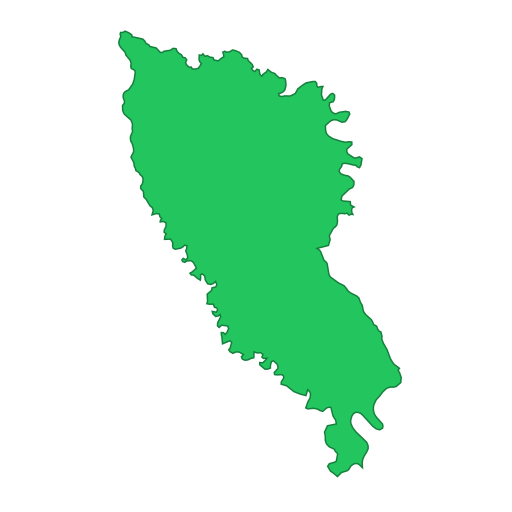 Candói, Paraná, Brazil, rotated 275°
{"feature_id": "56859067B42839534370188", "entity_name": "Candói", "entity_type": "district", "adm_level": 2, "iso_a3": "BRA", "parent_name": "Brazil", "parent_adm1": "Paraná", "projection": "albers", "projection_center": [-52.04, -25.522], "detail": "fine", "context": "isolated", "style": "filled", "palette": "green", "viewbox_px": 512, "rotation_deg": 275, "n_neighbors": 0, "source": "geoboundaries", "source_scale": "gbopen_adm2", "svg_char_len": 6126}
<svg xmlns="http://www.w3.org/2000/svg" viewBox="0 0 512 512"><g transform="rotate(275 256 256)"><path d="M430.7,307.9L430.4,305.6L429.4,302.9L431.2,301.6L433.3,301.5L435.0,299.7L434.7,297.0L432.8,290.8L431.0,288.4L426.2,283.1L421.3,281.0L419.6,278.3L418.3,275.9L418.0,270.8L417.1,267.7L417.4,265.4L419.6,264.3L420.7,266.9L422.0,268.8L424.3,270.4L428.6,271.0L433.3,270.2L435.1,269.5L436.0,266.5L435.4,263.9L437.2,261.2L439.4,258.9L440.4,255.2L442.9,251.6L440.2,250.2L437.6,247.1L435.8,246.4L436.6,244.6L438.2,243.8L441.8,242.8L442.1,240.5L439.7,238.9L440.3,237.0L442.5,235.1L444.2,236.8L446.7,235.3L450.1,231.1L452.0,230.4L452.1,226.6L453.1,224.8L455.2,224.2L457.4,221.8L458.9,217.1L459.2,214.7L457.2,212.0L456.4,209.0L457.3,207.1L456.2,205.2L454.0,206.1L451.6,206.6L449.9,204.1L447.1,201.4L447.6,197.0L449.9,195.9L450.1,192.7L451.3,190.2L450.5,187.7L452.8,185.5L451.1,184.1L451.3,181.9L446.3,182.2L444.5,183.2L443.0,184.7L440.6,183.7L437.9,182.1L436.8,178.7L436.9,176.1L438.6,175.1L438.2,172.9L440.4,170.1L442.4,169.0L445.4,169.9L447.3,168.1L447.5,165.9L449.9,164.2L451.5,161.1L453.6,159.2L455.6,158.3L455.6,155.2L453.5,152.8L452.0,146.5L450.6,145.0L450.5,142.9L454.6,138.3L455.5,131.9L457.1,130.7L458.2,127.9L460.5,126.4L462.2,124.4L463.4,115.7L463.5,113.3L465.3,113.1L466.4,111.4L467.4,109.6L468.6,105.9L467.0,103.8L466.9,101.6L465.0,101.3L463.0,102.2L459.3,101.0L457.1,100.7L454.7,101.2L452.1,102.9L447.6,107.8L444.8,108.9L440.2,113.4L437.3,114.8L434.3,114.7L432.0,115.3L430.4,119.0L428.5,119.7L421.3,119.3L416.3,118.1L410.3,114.5L409.2,112.5L407.5,110.6L405.4,109.7L402.1,109.9L399.2,111.4L396.6,111.5L394.4,109.9L389.9,110.4L387.8,111.2L385.7,112.6L380.6,119.5L378.2,120.8L376.3,121.5L372.1,121.5L369.3,122.2L364.4,120.6L362.2,120.6L359.5,121.2L357.9,122.5L354.3,124.0L351.9,124.7L349.1,125.0L343.6,122.8L338.3,126.2L335.1,126.8L332.7,128.2L330.5,129.0L329.0,132.2L327.3,133.1L325.1,135.9L322.9,136.8L319.8,136.8L317.3,136.2L315.8,135.1L313.2,135.2L310.5,138.2L305.0,139.1L302.8,141.7L296.9,145.9L295.1,148.5L292.5,149.7L287.9,148.8L289.6,153.0L289.4,156.0L286.7,156.9L285.3,158.8L283.4,157.7L281.6,157.6L282.3,160.6L281.1,163.5L277.6,163.8L274.1,162.4L271.6,162.4L270.2,164.7L267.8,163.5L264.6,163.4L265.4,169.4L262.1,171.9L258.5,172.1L256.6,172.8L255.7,174.9L257.2,180.2L258.7,182.4L260.6,184.0L260.1,186.5L256.9,186.2L255.1,185.5L251.4,187.4L248.2,188.2L246.1,186.3L247.3,183.8L245.8,182.5L244.1,183.3L243.5,185.5L245.2,188.1L245.6,192.0L243.9,194.4L238.7,197.7L234.5,193.7L233.1,191.7L231.5,193.2L231.5,195.5L228.5,199.9L227.1,202.6L229.1,202.8L232.5,202.4L233.6,204.0L231.6,206.6L227.7,207.6L224.1,210.2L223.7,213.4L224.8,215.8L227.1,218.0L223.9,219.5L221.7,218.6L220.5,215.0L217.8,214.7L213.7,210.7L206.6,211.7L204.2,211.2L203.9,213.7L204.3,217.7L201.3,219.1L200.8,221.5L199.1,222.5L196.6,221.4L197.0,217.2L194.7,218.0L192.2,221.2L193.1,223.8L194.6,225.3L192.4,226.1L186.0,223.6L183.1,223.7L181.6,225.5L184.1,227.8L183.8,233.9L181.1,235.1L177.4,233.7L175.2,232.1L176.8,230.2L176.7,228.1L174.7,228.3L172.8,229.0L165.6,230.3L169.3,237.5L167.9,239.3L161.9,238.2L160.2,237.0L158.4,238.5L157.0,241.4L158.7,244.5L158.8,247.7L156.7,252.1L154.3,250.2L152.1,251.4L151.2,254.0L151.8,257.0L153.7,260.2L154.4,262.7L160.3,262.4L159.5,265.7L160.1,269.1L158.4,271.5L155.8,270.7L154.6,272.3L155.2,275.8L152.5,274.1L150.2,272.0L150.2,269.0L147.9,269.3L144.0,274.8L144.4,277.7L145.6,280.1L148.2,279.9L152.2,280.6L153.1,282.6L150.0,286.5L147.5,287.6L145.7,287.5L141.5,284.3L139.5,284.9L139.4,287.3L140.1,292.1L138.7,294.0L136.8,294.2L132.9,292.2L130.5,292.2L129.4,297.8L124.2,305.6L122.3,312.1L121.3,317.9L127.4,319.2L125.0,321.7L122.9,322.4L119.3,322.2L115.2,320.4L109.0,318.8L108.2,320.8L109.3,326.6L108.9,330.4L107.6,333.3L107.1,336.1L110.8,339.6L111.7,341.8L111.7,343.8L103.3,346.7L99.3,349.7L95.7,350.7L93.1,342.0L86.5,339.6L82.8,340.7L78.4,341.1L75.5,342.3L73.8,343.8L72.2,345.8L70.4,350.8L68.3,352.1L66.1,354.6L58.5,353.9L57.3,352.0L55.5,347.2L52.8,345.7L48.1,349.0L46.7,351.7L43.4,356.4L47.8,360.1L50.0,365.5L51.3,367.0L54.7,368.6L56.4,370.2L57.6,372.0L58.1,374.7L57.4,376.8L54.4,380.5L59.5,379.8L62.5,380.0L66.0,381.1L70.5,383.4L73.8,384.5L76.8,384.2L80.2,382.4L89.3,371.1L93.1,367.5L97.0,365.3L99.2,364.7L101.9,364.8L104.7,365.4L107.5,366.8L109.0,369.1L109.1,371.1L108.5,373.7L106.8,376.1L96.7,387.0L94.3,390.8L93.6,394.2L95.5,397.1L97.4,397.3L99.6,396.7L105.6,390.3L107.6,388.6L109.3,387.5L111.3,386.8L113.9,386.2L116.9,386.2L118.8,386.6L123.3,388.3L127.7,391.7L131.5,394.0L135.2,397.3L136.4,399.2L137.2,401.9L137.3,404.1L138.2,407.0L142.5,411.2L147.5,411.3L152.0,409.3L154.7,407.5L156.6,408.7L160.2,402.9L162.5,400.9L165.5,398.8L174.1,394.7L180.0,390.6L184.4,388.4L186.6,388.6L191.2,387.1L192.1,384.9L193.9,383.5L196.6,382.3L198.0,379.1L200.6,377.9L202.8,376.2L207.1,370.5L209.7,368.2L212.2,367.2L216.0,366.2L219.1,364.0L223.1,362.2L224.9,359.9L227.6,353.1L229.4,350.5L231.1,349.3L234.1,346.3L236.4,340.5L241.7,331.7L244.2,330.2L254.4,327.6L256.0,326.5L257.7,324.1L266.0,320.0L267.5,318.6L268.9,316.1L272.8,327.2L278.5,328.4L282.8,327.3L290.2,330.6L292.1,332.6L293.9,333.8L297.3,334.2L302.6,333.5L305.2,334.6L306.0,337.8L305.8,340.8L306.6,343.0L304.8,345.1L305.8,346.8L305.8,348.9L307.5,347.8L310.1,347.2L312.4,347.6L313.4,349.4L314.9,345.8L318.4,345.2L318.4,337.5L319.4,335.9L323.2,336.4L330.7,343.0L332.7,346.2L335.4,347.3L338.9,347.1L342.7,342.9L343.9,340.5L344.1,337.4L345.3,333.3L347.6,331.4L349.8,331.8L352.5,333.4L355.5,334.0L356.1,336.2L356.0,339.4L355.1,345.2L355.1,347.3L353.6,349.3L353.0,351.4L355.8,352.6L362.3,353.1L363.8,350.3L362.6,347.8L362.1,345.5L365.6,338.8L367.8,337.3L370.4,337.2L375.3,341.8L377.9,341.5L377.9,338.5L377.1,335.3L377.7,330.4L379.6,322.1L382.0,317.6L384.4,315.3L388.3,314.2L392.1,313.8L396.0,317.5L397.4,319.0L398.5,321.5L398.6,324.5L396.8,329.9L397.5,333.0L399.4,334.4L405.5,337.0L407.5,336.1L407.9,332.8L406.5,326.7L405.1,324.2L404.5,322.2L405.6,319.8L406.8,318.3L411.8,315.9L415.1,315.9L416.3,319.3L418.5,320.4L421.2,320.5L423.3,320.2L424.7,318.2L423.7,316.2L417.6,311.6L417.1,309.5L422.0,307.2L428.0,307.0L430.7,307.9Z" fill="#22c55e" stroke="#15803d" stroke-width="1.5"/></g></svg>